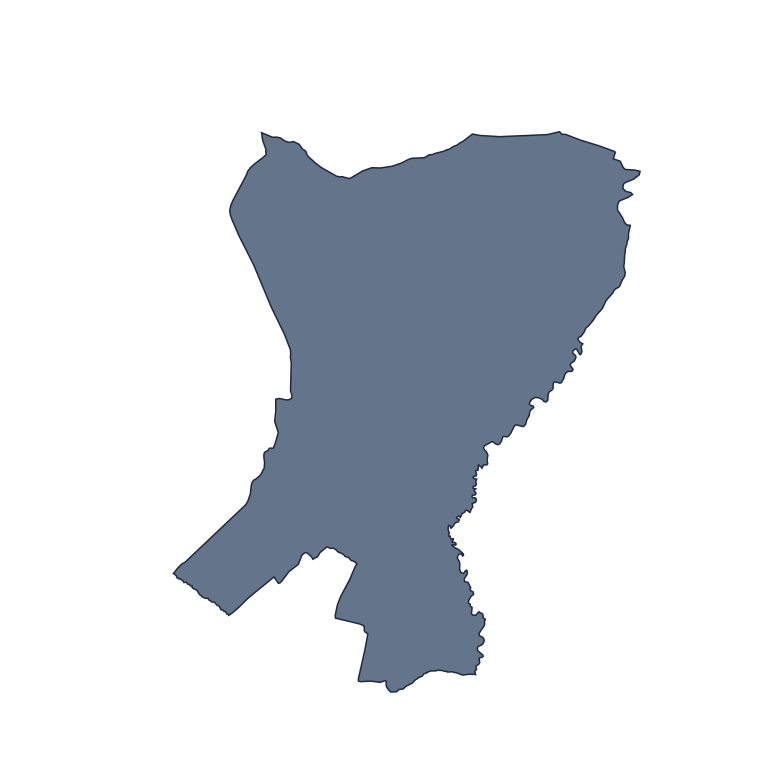 Katako-Kombe, Kasaï-Oriental, Democratic Republic of the Congo (Natural Earth projection), rotated 17°
{"feature_id": "63176286B65571818133367", "entity_name": "Katako-Kombe", "entity_type": "district", "adm_level": 2, "iso_a3": "COD", "parent_name": "Democratic Republic of the Congo", "parent_adm1": "Kasaï-Oriental", "projection": "natural_earth1", "projection_center": [24.617, -3.373], "detail": "fine", "context": "isolated", "style": "filled", "palette": "slate", "viewbox_px": 768, "rotation_deg": 17, "n_neighbors": 0, "source": "geoboundaries", "source_scale": "gbopen_adm2", "svg_char_len": 6149}
<svg xmlns="http://www.w3.org/2000/svg" viewBox="0 0 768 768"><g transform="rotate(17 384 384)"><path d="M478.1,91.4L467.4,97.7L422.2,113.7L402.9,118.3L395.5,119.1L388.7,128.7L385.9,131.5L383.9,134.3L380.7,136.7L378.0,140.2L375.6,141.6L373.0,144.0L364.9,148.9L363.4,150.4L360.1,151.7L356.4,155.8L344.9,159.9L341.8,162.0L336.4,167.3L328.4,173.2L317.6,178.4L309.0,180.8L301.5,186.3L292.2,196.5L290.4,197.7L283.0,198.0L281.2,198.9L277.6,199.1L261.1,195.4L254.7,193.1L245.2,188.7L243.2,187.1L241.6,184.7L240.0,183.7L237.6,183.3L232.6,179.5L226.6,178.6L222.7,180.7L218.3,180.6L213.0,179.0L209.6,179.2L205.3,180.6L193.4,179.5L196.9,186.8L202.6,194.3L202.9,196.2L204.2,199.1L202.2,202.6L195.9,211.3L193.0,216.2L191.4,220.8L191.4,223.8L185.9,252.3L185.3,257.7L185.7,263.1L187.7,267.4L190.6,271.3L202.1,284.8L224.4,308.1L254.0,343.8L274.9,366.3L284.5,378.7L285.8,382.0L286.7,385.8L289.1,390.9L296.6,417.9L299.6,422.3L299.7,424.8L297.7,426.8L295.4,427.8L288.1,428.4L284.9,430.2L288.2,440.8L290.5,451.9L297.1,461.3L297.3,471.6L297.0,477.6L293.3,478.9L292.2,481.7L289.8,484.2L289.7,486.3L290.7,489.6L292.6,493.5L294.0,499.3L292.5,507.2L289.2,512.4L287.5,514.1L286.6,517.1L286.7,519.7L288.3,528.2L288.1,535.2L287.1,539.8L245.9,612.5L243.0,615.6L240.5,620.4L238.0,626.9L239.6,627.1L241.5,628.2L242.8,630.0L243.9,629.7L245.0,630.4L246.4,630.0L249.5,631.2L250.6,632.4L253.1,631.4L254.7,632.8L256.4,632.5L257.7,633.6L259.6,633.2L259.9,634.6L260.4,635.1L265.4,636.0L269.2,639.4L271.0,639.7L272.0,640.7L276.0,641.2L278.5,640.4L279.9,641.9L281.6,642.1L282.8,642.8L285.8,642.3L288.6,644.3L291.5,644.7L294.0,647.5L296.4,647.3L297.5,648.3L299.2,648.0L300.7,649.9L301.9,649.6L303.2,650.7L306.3,646.7L310.1,640.6L316.9,628.1L335.2,600.7L341.3,605.5L342.6,604.7L343.9,602.4L348.0,591.2L354.8,581.5L355.5,572.0L356.9,569.3L358.3,568.2L360.3,568.1L365.5,570.7L367.2,572.4L370.0,569.4L370.9,569.0L372.1,563.9L376.6,557.1L377.6,556.4L380.8,556.9L383.4,555.8L386.5,556.5L388.9,558.0L394.8,558.7L397.2,560.2L400.8,560.4L404.2,562.3L407.4,562.4L410.7,564.0L409.8,567.1L408.4,580.7L404.7,599.9L404.0,608.7L405.0,619.8L406.1,622.1L430.6,620.6L434.6,621.0L436.0,621.6L437.2,625.6L438.3,626.6L441.6,627.7L443.4,643.4L445.7,673.3L446.4,675.6L448.7,675.5L458.0,672.1L467.6,670.4L471.9,667.4L473.1,667.7L473.8,670.7L475.0,672.9L477.8,675.2L480.5,676.6L486.3,674.5L486.8,672.9L488.3,671.4L491.3,670.2L493.7,666.3L498.5,661.8L500.9,657.1L502.1,656.1L502.8,654.8L506.0,652.2L506.8,649.4L508.9,648.4L509.6,647.2L512.8,644.6L517.5,643.2L519.7,641.5L521.4,641.7L522.6,641.0L526.7,641.0L528.3,640.4L529.1,640.9L533.5,639.2L535.8,639.4L537.3,638.9L544.1,639.4L551.6,636.1L553.2,636.1L554.5,635.1L556.5,635.2L554.9,632.2L555.9,629.8L554.3,627.1L556.3,624.7L557.0,622.5L555.1,618.3L557.8,616.5L558.5,615.3L557.8,614.3L551.8,611.7L551.1,610.9L550.5,608.5L550.8,607.5L553.4,605.3L554.5,603.7L554.9,601.6L554.7,599.8L554.0,598.6L552.7,597.5L548.8,596.7L547.8,594.7L550.5,585.8L550.5,584.2L549.4,581.5L549.9,580.0L549.5,579.2L547.4,578.7L545.8,575.4L545.1,574.9L542.6,574.6L541.9,574.0L540.9,574.7L539.5,578.2L536.3,579.0L534.8,578.1L533.6,572.0L531.6,571.2L530.8,569.3L528.9,568.8L528.5,568.0L528.4,566.0L529.4,561.3L531.0,559.5L531.1,558.7L529.8,556.7L526.8,556.2L526.4,555.7L526.6,553.7L522.4,549.1L519.1,549.4L518.0,547.9L517.8,546.5L519.2,541.5L518.1,538.3L517.3,537.9L516.5,538.7L515.4,541.8L513.7,542.1L512.1,541.2L510.5,539.1L509.0,533.5L507.9,531.7L505.3,529.5L504.8,527.5L505.3,524.9L506.5,524.1L507.6,524.2L509.6,525.5L510.1,524.5L509.5,523.2L503.6,520.4L500.1,520.0L496.3,518.5L496.1,517.8L499.4,517.2L499.9,516.3L499.4,515.4L497.9,514.8L495.7,515.3L494.9,514.9L495.8,512.8L495.5,511.7L493.4,512.8L491.7,510.2L490.3,510.6L489.9,509.1L490.1,507.4L488.0,504.8L487.2,501.9L487.5,500.1L489.1,500.4L489.7,502.1L490.2,502.3L491.4,500.5L492.8,495.7L495.1,494.4L495.8,492.0L495.4,491.4L492.7,491.1L492.4,490.4L493.2,489.0L494.1,488.5L496.1,489.3L496.5,485.3L498.6,482.9L499.1,480.9L499.9,480.5L503.8,481.7L504.0,478.3L504.8,475.7L503.3,472.4L506.0,470.5L506.4,468.8L505.6,466.6L504.4,466.3L501.8,466.9L501.0,465.8L501.1,464.5L503.5,463.5L504.0,462.4L503.7,461.1L501.6,460.1L501.5,458.9L502.5,457.5L499.8,457.7L499.3,456.6L499.7,455.5L501.0,454.9L501.6,453.5L501.6,452.6L500.2,450.3L500.5,447.9L497.9,448.1L496.8,447.8L496.3,447.0L497.1,446.0L498.9,445.1L499.0,443.7L498.3,442.2L496.9,440.4L497.4,439.6L498.9,439.2L499.2,438.4L497.9,434.5L498.0,433.8L498.8,433.8L500.3,435.0L501.5,434.8L502.3,435.8L503.0,432.1L506.0,431.3L506.5,430.1L504.6,426.0L504.2,421.8L501.8,418.9L499.5,417.8L498.3,416.5L497.7,415.5L498.2,413.6L504.1,407.6L505.1,407.4L508.6,408.8L510.8,408.7L512.2,407.3L513.0,404.5L513.0,399.8L513.8,399.1L517.2,398.6L518.4,397.4L519.6,394.1L520.8,386.9L521.5,385.2L522.5,384.4L529.5,384.1L530.3,383.3L531.2,381.1L531.1,376.0L532.1,371.8L531.5,367.7L532.0,365.8L534.0,362.8L533.5,361.6L530.0,361.4L529.0,360.7L528.7,359.8L529.1,357.5L530.0,355.2L532.6,352.6L535.8,352.0L539.8,352.4L541.8,353.8L543.6,354.0L544.6,353.4L545.4,351.6L543.9,345.4L544.2,343.6L546.4,340.6L547.0,338.9L545.7,334.2L546.1,332.5L547.0,331.9L552.1,331.7L553.3,330.7L554.3,326.2L554.1,323.1L554.6,320.2L556.4,318.2L559.6,317.2L560.4,316.0L560.5,314.7L556.8,311.7L556.5,310.8L556.7,309.6L559.2,306.5L559.8,302.7L559.4,301.6L558.2,300.5L555.7,299.4L554.9,297.4L556.8,294.3L558.0,294.2L562.3,298.4L563.2,298.5L563.7,297.4L563.8,295.0L561.4,290.4L562.4,287.5L559.3,286.8L557.5,285.6L556.5,284.5L556.4,282.9L558.7,280.4L560.3,275.7L560.7,271.5L562.8,268.3L565.4,261.9L567.2,255.5L570.8,247.9L571.8,240.5L572.7,237.6L576.2,230.0L576.7,226.9L578.2,224.7L580.2,222.8L580.8,221.2L581.6,214.3L582.7,210.6L582.1,206.9L578.9,201.5L578.4,198.0L576.3,189.7L576.3,188.2L575.2,183.4L575.5,180.0L574.9,176.7L575.3,173.4L573.9,169.1L573.2,160.3L569.3,160.8L566.3,158.7L563.6,155.4L556.3,149.2L555.0,144.3L555.6,140.1L563.2,133.9L566.3,130.1L564.0,128.8L559.1,129.1L555.3,127.2L554.5,123.2L555.8,120.9L562.8,115.1L566.9,109.4L566.7,105.7L561.2,106.1L551.9,108.3L549.3,106.9L544.8,101.9L537.5,101.6L537.5,94.8L536.1,94.2L521.7,93.4L500.7,93.3L484.5,92.2L481.1,93.2L478.1,91.4Z" fill="#64748b" stroke="#1e293b" stroke-width="1.5"/></g></svg>